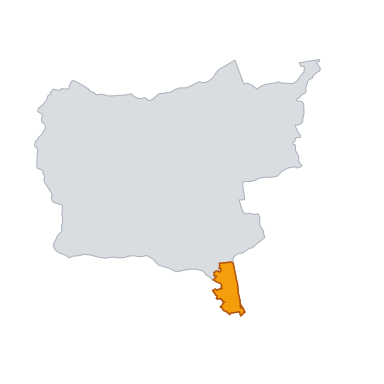 location of Bas-Congo within Democratic Republic of the Congo, rotated 260°
{"feature_id": "COD-1883", "entity_name": "Bas-Congo", "entity_type": "Province", "adm_level": 1, "iso_a3": "COD", "parent_name": "Democratic Republic of the Congo", "parent_adm1": "", "projection": "natural_earth1", "projection_center": [14.09, -5.165], "detail": "fine", "context": "in_parent", "style": "filled", "palette": "amber", "viewbox_px": 384, "rotation_deg": 260, "n_neighbors": 0, "source": "natural_earth", "source_scale": "10m", "svg_char_len": 7527}
<svg xmlns="http://www.w3.org/2000/svg" viewBox="0 0 384 384"><g transform="rotate(260 192 192)"><path d="M314.5,257.2L289.2,261.8L289.7,263.5L289.5,265.2L288.8,266.6L286.2,270.2L282.3,273.5L282.3,274.3L284.2,278.1L285.3,283.1L284.9,292.1L285.4,294.5L285.3,296.4L284.0,298.5L281.3,309.3L282.9,314.5L287.9,319.4L290.7,323.1L295.6,324.4L296.4,324.2L296.8,321.1L300.7,320.0L300.4,339.2L300.1,340.3L299.4,340.6L298.4,340.0L298.2,338.1L297.2,337.3L292.3,339.7L291.1,339.7L289.8,339.2L288.8,338.3L288.6,336.8L285.3,331.2L283.6,330.8L281.8,325.7L274.3,322.0L271.5,321.8L270.0,320.6L268.5,316.6L266.0,314.1L265.5,311.3L265.0,310.9L263.5,311.4L262.1,315.9L260.4,317.0L257.3,317.1L249.5,315.8L244.0,313.5L242.6,313.6L240.4,311.5L239.5,308.1L240.0,305.4L239.6,305.0L231.2,307.3L229.1,308.6L227.2,308.3L226.6,307.6L227.5,305.7L227.1,303.7L226.5,302.8L224.0,302.1L223.2,300.0L221.7,299.6L221.2,300.0L220.8,301.4L219.9,301.9L214.8,301.2L209.6,303.1L202.5,302.6L199.2,304.8L198.7,304.7L198.0,303.6L197.4,300.0L197.7,299.0L198.8,298.2L199.1,296.8L198.8,293.0L199.1,292.1L198.7,289.9L197.7,286.5L196.3,283.6L193.1,279.4L192.5,277.4L192.8,272.6L193.9,265.1L193.8,259.5L192.5,255.9L192.2,252.0L193.1,245.0L192.3,243.3L176.3,242.7L175.6,242.2L175.3,241.2L176.0,237.0L166.3,238.1L163.3,238.9L161.5,240.6L160.9,242.7L160.9,245.8L159.4,248.7L158.9,253.6L156.2,254.2L153.5,254.2L148.3,253.1L143.3,254.5L140.8,255.8L139.5,255.2L134.9,255.7L134.3,255.3L129.1,245.6L126.8,242.4L126.4,240.8L126.6,239.3L125.9,237.3L123.5,232.3L123.1,229.9L123.2,226.3L122.9,225.1L120.7,221.9L119.3,220.9L117.7,220.3L91.5,220.8L82.9,220.2L76.6,220.6L73.4,220.3L72.5,219.9L69.6,220.5L68.1,221.8L65.8,222.5L64.4,222.2L61.7,218.6L65.4,218.0L65.7,217.6L65.9,209.0L64.9,207.8L66.9,206.3L70.1,202.5L73.2,201.1L73.6,200.3L74.3,200.4L75.4,202.0L78.1,204.1L81.4,202.2L81.8,201.7L82.2,198.0L83.1,197.7L84.5,198.5L85.3,198.5L86.7,197.4L91.0,195.5L92.2,197.9L91.1,200.1L91.6,201.6L91.7,204.0L92.4,204.5L95.8,204.8L96.7,204.2L103.4,195.7L105.2,194.7L108.0,191.3L111.7,189.8L113.3,187.1L115.4,182.3L116.4,175.5L116.1,163.6L116.4,162.0L120.8,156.6L125.5,146.9L128.6,144.3L130.9,143.3L134.6,139.8L137.4,136.2L137.0,131.9L137.7,128.3L139.3,123.8L139.8,119.0L139.2,113.9L139.5,109.8L141.6,103.2L141.8,95.6L143.7,89.3L147.5,81.2L149.3,75.2L148.9,69.3L149.4,64.9L149.2,62.3L148.5,60.1L148.9,58.7L150.3,58.1L152.1,55.9L155.4,50.1L158.8,47.2L161.3,46.3L163.8,46.4L165.4,46.9L168.1,49.2L171.2,51.1L173.5,53.3L175.7,56.9L181.2,57.6L183.5,58.9L184.9,59.4L185.4,59.1L186.6,59.3L189.1,60.3L191.2,59.7L201.2,62.1L202.4,60.9L205.2,54.8L207.2,52.7L210.7,52.5L213.4,53.7L214.8,53.7L227.1,48.5L228.7,48.2L233.2,49.5L236.1,48.6L237.3,48.9L239.8,48.0L241.8,44.3L243.6,43.4L261.3,47.4L264.0,45.4L265.3,45.2L269.2,46.6L270.4,48.9L272.8,50.8L274.5,54.0L277.2,55.8L278.5,57.5L280.1,58.6L283.3,59.1L287.4,56.2L290.3,56.5L293.2,58.0L294.2,58.0L296.4,56.3L297.5,54.5L298.6,54.1L300.3,54.9L301.8,56.6L303.0,59.0L307.5,64.5L311.8,66.8L312.9,70.1L314.4,69.8L315.2,70.1L316.3,72.3L317.1,72.7L317.3,73.5L316.2,75.5L315.2,79.4L316.5,81.7L315.4,85.1L314.9,88.6L316.3,89.5L318.1,89.5L319.7,91.3L321.0,91.6L322.4,93.5L322.1,95.1L317.8,100.9L311.5,107.9L309.4,108.7L308.2,110.0L307.5,112.1L305.6,113.8L304.2,114.5L304.1,119.6L301.9,124.9L301.1,125.9L300.0,134.5L300.2,136.0L299.0,143.0L299.2,149.5L296.1,151.5L294.0,154.7L293.0,156.9L293.0,162.2L289.5,165.5L289.3,166.2L290.2,169.9L291.4,170.5L291.4,171.8L294.3,175.8L294.1,188.2L294.2,189.4L295.7,192.3L296.6,197.9L295.5,205.0L299.3,218.1L297.5,222.9L298.3,227.4L300.6,232.2L305.9,237.0L307.4,238.9L308.7,241.5L310.0,245.6L314.5,257.2Z" fill="#d9dde1" stroke="#a8b0b8" stroke-width="1"/><path d="M100.8,199.0L101.1,198.7L101.8,197.5L103.5,200.3L104.2,201.0L104.3,201.1L104.5,201.2L104.8,201.2L105.0,201.2L105.2,200.9L105.3,200.7L105.3,200.4L105.3,200.0L105.3,199.8L105.4,199.6L105.5,199.5L105.7,199.3L105.8,199.3L106.1,199.2L106.5,199.3L108.0,199.6L108.6,199.5L108.9,199.6L109.1,199.7L109.1,199.9L109.1,200.0L108.8,200.4L108.9,200.7L109.1,200.9L109.7,201.4L109.9,201.7L110.1,201.9L110.0,202.1L109.8,202.8L109.7,203.2L109.7,203.9L109.6,204.1L109.6,204.3L109.4,204.5L109.1,204.7L108.5,204.8L108.3,204.9L108.3,205.1L108.3,205.3L108.4,205.7L108.6,205.9L109.0,206.3L109.3,206.6L109.8,206.8L110.1,207.0L110.8,207.1L111.1,207.1L111.3,207.1L111.5,207.0L111.6,206.9L111.8,206.7L111.9,206.1L111.9,205.6L111.9,205.4L112.0,205.3L112.3,205.5L112.7,205.9L113.3,206.1L113.9,206.4L117.2,206.6L116.9,207.7L116.8,208.2L116.9,210.1L116.9,210.7L116.5,212.7L116.4,213.5L116.5,214.8L116.5,216.9L116.5,217.4L116.4,217.7L116.0,218.8L115.9,219.0L115.0,219.8L114.8,220.2L114.4,220.2L113.2,220.2L111.9,220.3L110.7,220.3L109.4,220.3L108.2,220.3L106.9,220.4L105.7,220.4L104.5,220.4L103.2,220.4L102.0,220.5L100.7,220.5L99.5,220.5L98.2,220.5L97.0,220.6L96.5,220.6L95.7,220.6L94.0,221.0L93.5,220.9L92.7,220.7L92.1,220.8L90.8,220.7L89.4,220.7L89.1,220.7L88.3,220.3L88.0,220.3L86.4,220.4L86.2,220.4L85.8,220.1L85.3,220.0L83.5,220.1L81.2,220.3L80.1,220.2L79.7,220.4L79.2,220.2L78.1,220.2L77.6,220.2L77.5,220.3L77.3,220.6L77.1,220.7L76.7,220.5L76.1,220.3L75.0,220.2L74.9,220.2L74.5,220.1L74.1,220.3L73.9,220.3L73.7,220.3L73.3,220.3L72.9,220.2L72.3,219.9L72.1,219.8L71.6,219.6L71.4,219.5L71.0,219.5L70.5,219.6L70.0,219.8L69.7,220.0L69.2,220.3L69.1,220.6L68.9,220.9L68.6,221.4L68.6,222.1L68.0,222.5L67.1,222.4L66.4,222.9L65.3,223.2L64.9,223.3L64.7,223.3L64.7,223.0L64.7,222.9L65.0,222.7L65.0,222.3L65.0,222.2L64.9,222.1L64.7,222.1L64.4,222.1L64.3,222.3L64.2,222.6L64.0,222.2L64.0,221.9L63.9,221.8L63.8,221.7L63.7,221.6L63.3,221.2L62.4,220.1L62.2,219.8L61.6,218.7L62.3,218.3L63.5,218.1L64.7,218.1L65.7,218.1L65.8,216.7L65.8,215.6L65.9,213.7L65.9,211.8L66.0,210.4L66.0,209.2L65.9,208.7L64.9,208.2L64.8,207.8L64.8,207.7L65.0,207.5L66.3,207.0L66.8,206.6L67.0,206.0L67.1,205.7L67.7,205.6L68.0,205.4L68.2,205.0L68.3,204.7L68.5,204.5L69.1,204.1L69.2,203.9L69.3,203.5L69.3,203.1L69.5,202.8L69.7,202.5L70.1,202.2L72.8,201.5L73.3,201.3L73.4,200.9L73.4,200.3L73.6,200.0L74.0,199.9L74.3,200.3L74.4,200.6L74.6,201.0L74.8,201.5L75.3,201.9L75.9,202.6L76.2,202.8L77.0,203.1L77.3,203.4L77.4,203.6L77.5,204.1L77.8,204.8L77.9,204.7L78.3,204.2L79.0,203.6L79.2,203.3L79.2,203.2L79.5,202.8L79.6,202.7L79.8,202.8L80.1,203.2L80.3,203.2L80.5,203.1L80.8,202.5L81.1,202.3L81.5,202.4L81.7,202.0L81.7,201.8L81.9,201.7L82.0,201.8L82.2,201.7L82.0,201.0L82.0,200.6L82.2,200.0L82.3,199.7L82.1,198.2L82.4,197.9L83.2,197.5L83.5,197.6L83.8,197.8L83.9,198.0L84.1,198.4L84.3,198.5L84.8,198.6L85.2,198.7L85.3,198.7L85.5,198.6L85.7,198.3L85.9,198.1L86.0,198.1L86.4,197.4L86.9,197.1L88.1,197.0L88.6,196.8L89.1,196.5L89.6,196.0L89.9,195.8L90.5,195.6L91.1,195.2L91.4,195.2L91.5,195.3L91.5,195.6L91.5,195.8L91.4,196.0L91.5,196.4L91.7,196.8L91.9,197.1L92.4,197.5L92.5,197.6L92.5,197.9L92.3,198.2L92.0,198.5L91.9,198.8L91.7,198.9L91.2,199.2L91.0,199.4L90.9,199.7L90.9,199.8L91.0,200.1L91.1,200.7L91.3,201.0L91.5,201.3L91.7,201.5L91.7,201.9L91.7,202.0L91.6,202.3L91.5,202.5L91.6,202.8L91.7,203.0L91.5,204.3L91.6,204.8L91.8,204.8L92.1,204.7L92.5,204.3L92.7,204.2L92.9,204.1L93.2,204.1L93.3,204.3L93.7,204.3L93.8,204.3L93.9,204.6L94.0,204.7L94.6,205.0L94.8,205.1L95.3,205.0L95.7,204.9L96.6,204.2L97.2,203.9L97.4,203.7L97.6,203.5L97.7,203.2L98.8,201.0L99.9,199.8L100.0,199.6L100.8,199.0ZM71.1,220.4L71.5,220.5L71.8,220.4L72.1,220.4L72.4,220.4L72.0,220.7L71.6,220.8L70.9,221.0L70.7,221.2L70.2,221.3L69.8,221.7L69.5,221.8L69.2,221.8L69.0,221.5L69.2,221.2L69.6,220.8L70.1,220.4L70.4,220.4L71.1,220.4Z" fill="#f59e0b" stroke="#b45309" stroke-width="1.5"/></g></svg>